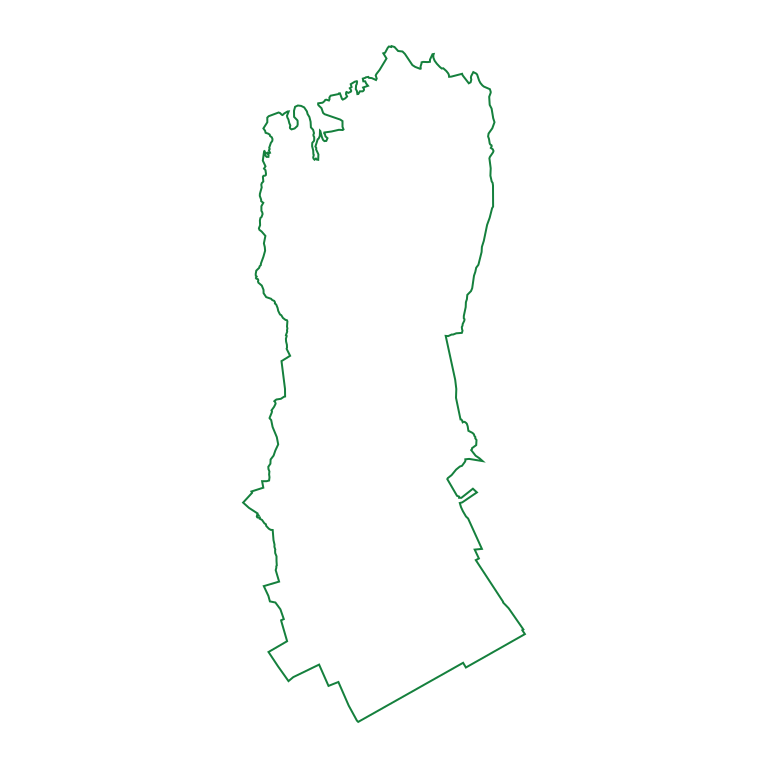 Breaza, Buzau, Romania (Equal Earth projection)
{"feature_id": "2599482B77763145054597", "entity_name": "Breaza", "entity_type": "district", "adm_level": 2, "iso_a3": "ROU", "parent_name": "Romania", "parent_adm1": "Buzau", "projection": "equal_earth", "projection_center": [26.528, 45.111], "detail": "fine", "context": "isolated", "style": "outline", "palette": "green", "viewbox_px": 768, "rotation_deg": 0, "n_neighbors": 0, "source": "geoboundaries", "source_scale": "gbopen_adm2", "svg_char_len": 6021}
<svg xmlns="http://www.w3.org/2000/svg" viewBox="0 0 768 768"><path d="M524.9,634.1L522.3,630.2L523.4,629.5L508.6,608.2L503.1,602.5L503.1,601.8L475.8,560.1L478.9,558.5L474.7,549.6L481.9,548.9L468.1,518.5L466.0,516.5L462.9,511.2L461.0,507.1L459.8,503.0L462.2,502.4L476.9,492.4L472.9,488.7L461.4,497.8L459.1,497.8L459.1,496.6L457.0,495.8L447.3,479.1L447.8,478.1L451.7,475.0L456.1,469.6L459.9,466.5L462.0,465.8L465.0,461.7L465.4,460.7L465.3,459.3L469.1,458.9L482.6,461.1L479.6,458.4L475.6,455.7L471.2,450.1L471.9,449.3L472.1,448.1L476.2,445.1L476.5,440.0L475.3,438.4L475.3,437.0L474.3,435.8L474.0,434.4L472.5,432.9L468.4,430.8L467.7,426.4L466.9,423.9L466.2,423.0L464.7,421.9L463.5,421.8L462.7,422.3L462.0,420.3L461.1,419.4L460.5,419.4L456.0,397.8L456.3,389.0L455.2,379.8L445.7,335.9L448.2,336.1L451.7,334.5L453.2,334.5L456.3,333.3L461.8,332.9L462.3,331.6L462.5,330.4L462.1,329.5L461.8,327.1L462.5,325.7L462.7,324.0L464.3,320.7L464.5,319.2L463.8,318.3L463.8,316.0L465.7,307.1L465.9,302.2L466.9,299.2L467.3,294.9L471.0,291.1L472.2,288.2L474.0,275.7L475.3,271.9L476.2,267.7L478.4,264.8L481.6,252.0L481.9,246.9L483.8,240.9L487.1,224.9L489.7,217.7L492.1,208.2L493.1,206.6L493.0,185.5L492.6,182.8L491.7,181.5L490.4,175.7L490.7,168.3L489.4,158.3L489.9,156.9L493.0,152.4L493.5,151.0L492.8,149.3L490.8,147.9L491.7,146.2L491.5,145.3L490.2,144.4L489.7,143.4L489.0,139.0L488.1,136.4L488.6,133.5L492.3,128.3L494.5,122.2L493.2,118.2L491.6,108.6L489.7,104.9L489.2,96.8L490.7,92.7L490.7,91.8L489.9,89.2L483.9,86.6L482.4,85.4L480.4,83.0L479.1,80.5L477.1,74.5L476.1,73.5L473.3,72.1L471.2,76.1L470.9,77.6L471.3,79.7L470.6,82.3L468.8,83.3L462.6,75.3L462.1,73.8L451.4,76.6L449.1,76.8L448.8,74.7L448.2,73.4L446.3,71.0L443.3,68.3L441.7,68.5L439.8,66.9L436.8,63.7L434.6,60.7L433.4,57.6L433.3,55.4L433.7,54.0L432.5,54.2L430.0,59.6L429.9,61.8L427.8,62.1L423.1,61.9L421.6,62.3L421.5,63.5L420.6,66.3L420.7,68.6L420.1,68.8L415.2,66.9L412.4,65.1L404.9,53.9L402.5,51.5L398.1,51.0L394.5,47.0L391.5,46.1L391.2,47.0L388.9,46.5L387.8,47.7L385.1,52.7L383.3,53.3L386.5,58.5L379.6,69.9L376.5,73.9L375.7,75.4L376.7,78.6L376.0,80.0L371.8,78.1L368.9,77.8L368.3,76.9L365.7,77.4L365.1,77.9L362.8,78.6L363.3,81.3L365.2,81.3L366.1,83.4L368.0,85.8L363.1,87.5L364.0,89.1L363.9,90.1L363.3,90.9L362.7,91.3L359.9,91.3L358.3,94.0L357.4,94.1L356.9,91.0L355.8,89.1L356.1,85.3L356.7,84.2L357.1,81.8L356.8,81.2L354.8,81.7L350.7,84.2L351.6,87.0L349.8,88.2L350.9,89.9L351.2,91.0L350.8,91.7L348.3,92.9L346.6,92.0L346.2,92.3L346.0,94.2L347.1,96.5L345.3,98.3L342.8,99.6L342.0,98.9L339.9,93.3L338.9,93.4L338.4,94.1L330.6,95.7L329.4,97.5L329.5,99.3L328.9,100.5L326.3,99.7L325.3,99.9L324.4,101.2L322.6,102.7L318.2,103.3L318.1,104.4L318.5,105.3L321.5,108.2L323.1,112.9L324.6,114.2L340.3,119.6L342.5,121.1L342.5,126.8L343.5,129.4L342.7,130.0L338.9,129.8L331.5,131.5L324.3,132.5L324.2,133.4L324.9,134.2L325.5,136.4L327.5,138.2L326.3,140.9L324.4,141.1L323.0,139.8L321.9,137.1L320.3,131.0L320.0,130.7L319.8,136.0L318.7,138.5L317.7,139.3L315.4,146.6L316.3,148.0L316.1,149.4L318.4,154.4L318.2,159.8L316.6,159.5L315.9,158.6L314.5,159.7L313.5,158.6L313.2,157.3L313.8,154.9L313.4,154.2L313.2,150.5L312.1,146.2L312.2,143.9L312.3,142.8L313.9,141.0L314.2,140.0L314.2,137.1L313.5,135.9L313.4,134.7L314.0,133.1L313.1,129.8L310.9,127.4L310.6,121.8L309.4,117.0L307.6,114.1L306.9,111.4L304.2,107.4L301.1,105.9L297.9,105.5L295.1,106.8L294.0,110.8L294.1,116.9L297.3,120.2L297.6,120.9L297.7,124.4L297.3,126.0L294.6,128.5L291.5,129.4L290.1,128.3L289.9,127.4L290.3,125.4L289.3,123.2L288.4,119.4L287.4,117.6L287.0,115.8L288.7,111.4L287.5,111.5L284.3,113.4L282.6,115.0L281.7,114.7L280.1,113.1L278.6,112.5L268.7,116.2L267.3,117.6L267.3,122.3L263.4,128.4L265.1,130.8L265.6,132.8L268.1,133.6L269.7,134.6L270.1,136.0L271.8,137.3L272.5,139.1L272.3,140.9L270.8,143.0L269.2,147.8L269.7,149.0L268.9,150.3L270.0,152.8L269.0,153.2L267.4,152.6L266.9,153.0L268.6,155.0L268.4,156.9L266.6,156.9L265.4,155.6L265.1,152.3L264.5,151.1L264.1,151.3L262.8,160.6L265.5,166.3L264.0,168.6L265.5,170.2L266.0,173.9L265.8,175.1L264.9,175.7L263.5,175.8L262.9,176.8L263.3,181.5L261.8,183.1L261.3,184.7L261.7,187.4L259.9,193.8L259.8,195.9L261.1,199.5L261.2,201.2L263.3,202.8L261.4,206.2L261.4,210.8L262.2,212.2L262.6,214.0L261.6,216.9L260.4,218.0L259.9,220.5L260.1,225.2L258.9,228.3L259.4,229.8L261.7,231.6L265.4,235.9L263.9,243.4L264.8,247.1L265.1,250.7L263.4,256.8L260.9,263.6L260.8,265.1L259.6,266.3L259.2,267.8L256.3,270.6L255.7,274.0L255.8,275.8L256.7,276.5L255.9,278.0L256.4,278.7L257.9,279.2L258.3,280.2L258.0,281.4L258.4,282.7L261.8,285.6L263.5,289.8L263.6,293.2L266.2,297.1L271.1,298.8L272.2,300.0L274.2,300.9L275.0,302.3L274.9,303.5L276.2,304.5L277.6,308.0L278.2,310.8L279.7,313.9L280.3,314.7L281.3,315.2L282.9,317.9L285.5,319.9L286.9,320.2L287.4,321.3L287.0,326.6L287.4,328.4L287.0,330.2L287.2,331.6L285.9,335.3L286.7,336.0L285.9,338.8L286.1,341.6L286.9,344.8L287.0,347.7L286.6,348.8L290.1,355.8L281.5,361.1L285.0,388.9L285.1,396.5L283.9,396.8L280.9,398.8L276.4,399.5L274.5,400.9L274.3,401.2L275.2,402.1L275.6,403.7L274.1,406.8L271.5,410.4L272.0,411.3L271.7,412.7L269.6,417.8L269.6,418.3L271.2,420.1L272.6,427.0L276.8,437.1L278.2,444.4L275.3,450.6L273.6,455.6L270.6,459.5L270.4,463.7L268.3,466.8L268.5,469.2L269.4,471.4L269.1,474.5L269.5,477.2L269.1,480.5L266.6,481.2L262.1,481.2L263.3,487.7L251.4,491.5L252.1,492.8L243.1,502.6L249.0,507.9L257.5,513.4L257.2,514.0L258.4,515.2L257.0,515.7L256.8,516.4L257.2,517.3L258.0,517.6L259.5,517.2L259.9,517.4L259.7,518.7L262.0,519.9L264.4,523.3L265.9,524.3L266.2,525.9L268.8,528.7L270.6,529.8L272.7,530.0L273.5,540.1L274.5,544.6L274.4,546.8L275.3,549.6L275.1,550.3L275.2,553.1L276.5,556.3L276.5,560.9L276.8,565.5L276.3,566.2L276.3,567.9L275.7,570.1L279.1,581.6L263.8,586.1L268.4,595.9L269.9,601.4L275.4,602.5L280.4,609.3L283.8,619.1L281.1,620.3L281.3,621.2L287.1,641.2L268.5,652.0L278.0,666.3L288.5,681.1L293.3,677.1L319.1,664.6L328.5,685.9L338.4,682.0L348.7,705.6L356.9,720.6L358.2,721.9L462.4,663.2L463.1,662.8L465.9,667.5L524.9,634.1Z" fill="none" stroke="#15803d" stroke-width="2"/></svg>